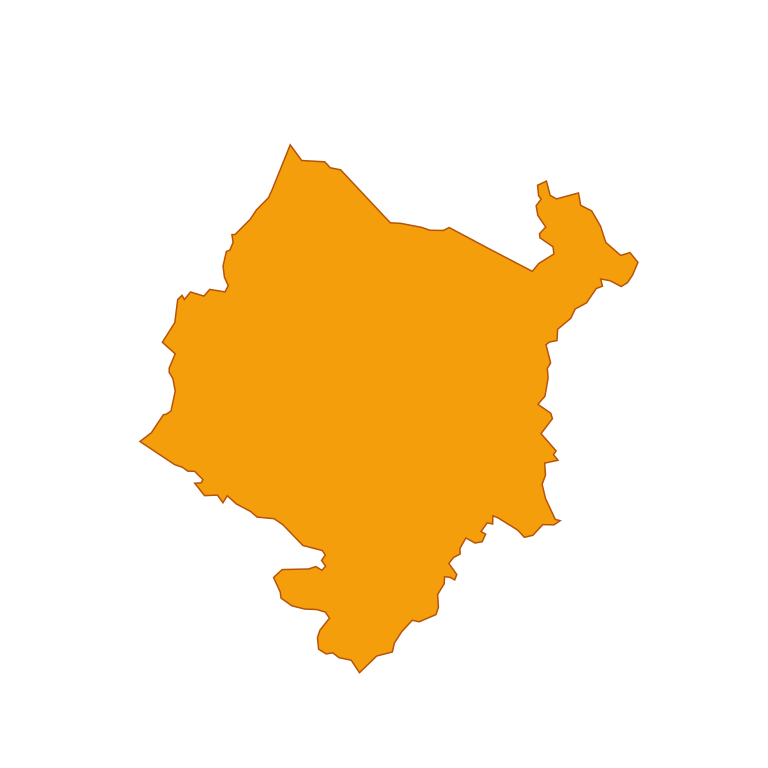 Barranquitas, Puerto Rico (Robinson projection), rotated 300°
{"feature_id": "32010507B21184218191895", "entity_name": "Barranquitas", "entity_type": "district", "adm_level": 2, "iso_a3": "PRI", "parent_name": "Puerto Rico", "parent_adm1": "", "projection": "robinson", "projection_center": [-66.311, 18.201], "detail": "fine", "context": "isolated", "style": "filled", "palette": "amber", "viewbox_px": 768, "rotation_deg": 300, "n_neighbors": 0, "source": "geoboundaries", "source_scale": "gbopen_adm2", "svg_char_len": 2271}
<svg xmlns="http://www.w3.org/2000/svg" viewBox="0 0 768 768"><g transform="rotate(300 384 384)"><path d="M212.2,201.4L209.5,242.9L211.1,251.5L210.4,257.6L213.7,263.6L210.6,275.1L206.9,275.0L203.4,269.7L197.6,284.4L204.5,295.3L200.6,303.9L208.9,304.1L206.3,316.1L206.9,332.3L205.3,340.7L212.4,356.2L211.6,366.7L203.6,394.5L208.9,413.7L206.6,418.7L200.0,418.1L197.0,424.6L191.6,423.3L191.8,416.2L186.1,411.2L172.4,388.6L161.2,385.1L152.0,398.1L147.1,401.9L145.8,415.1L149.4,427.7L155.1,438.6L157.1,447.2L154.0,453.9L138.8,451.6L131.0,453.2L121.6,460.0L121.3,468.8L125.6,474.2L124.5,481.9L128.4,493.7L121.7,507.1L144.8,513.7L156.1,525.2L165.0,522.5L178.4,523.2L193.5,526.6L195.7,533.4L210.3,544.3L217.8,542.8L228.5,535.7L241.1,536.0L247.4,532.8L249.6,538.0L249.7,543.2L255.4,542.3L261.0,529.9L268.6,531.0L274.9,535.0L279.4,532.0L291.6,531.9L291.8,542.4L296.5,547.9L304.8,547.1L304.7,541.8L315.3,542.8L317.1,548.1L324.3,544.2L325.1,549.9L324.3,573.0L321.4,582.2L327.4,588.6L341.6,591.8L347.0,601.6L353.7,604.9L352.4,600.0L365.5,581.2L376.2,571.1L385.9,569.4L395.8,562.7L405.0,572.8L407.5,566.1L412.1,566.5L419.5,544.8L438.2,547.2L442.1,543.0L443.3,527.6L447.0,528.1L453.9,529.5L471.3,523.1L479.2,517.6L485.5,517.8L499.0,504.7L502.6,506.1L504.1,507.4L508.1,512.1L518.2,507.0L534.3,512.9L544.6,512.1L555.5,518.8L572.8,520.1L578.0,524.3L583.3,519.1L586.5,528.2L587.0,540.7L593.6,544.2L602.8,544.8L616.3,543.1L620.8,531.3L613.7,524.7L617.5,505.3L629.0,492.5L637.7,477.4L637.1,465.0L646.7,456.9L630.5,440.8L630.5,433.6L640.9,423.2L632.9,417.6L624.3,423.8L622.7,427.7L614.5,426.6L606.9,432.9L600.8,445.6L592.0,443.5L588.6,445.9L587.3,461.8L581.5,466.1L565.8,457.8L555.7,456.1L553.5,404.0L552.1,362.2L546.7,358.7L540.1,346.9L538.5,338.4L531.4,317.9L526.8,309.0L529.3,300.4L540.6,263.0L547.8,239.3L544.4,229.4L546.8,221.6L536.4,201.0L544.2,183.2L496.2,190.0L487.5,190.8L471.1,186.5L459.8,185.8L439.1,180.3L437.3,177.6L431.2,182.5L422.7,183.6L420.0,181.2L405.7,185.6L396.7,192.4L391.3,199.9L384.3,200.3L378.8,185.8L370.1,184.1L366.9,170.4L357.4,168.9L359.8,164.8L354.0,163.1L332.6,172.1L309.3,171.2L305.7,188.1L290.4,190.0L286.5,192.3L283.2,198.4L273.4,206.8L254.2,213.0L249.0,210.6L247.1,208.3L225.5,206.9L212.2,201.4Z" fill="#f59e0b" stroke="#b45309" stroke-width="1.5"/></g></svg>